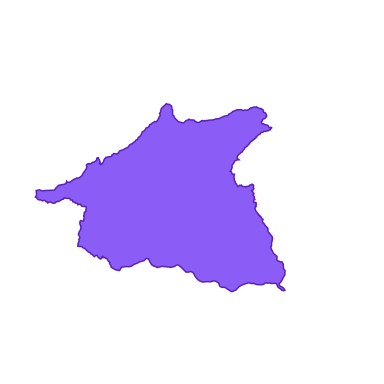 outline of Rovira, Tolima, Colombia, rotated 213°
{"feature_id": "7082276B59916866307322", "entity_name": "Rovira", "entity_type": "district", "adm_level": 2, "iso_a3": "COL", "parent_name": "Colombia", "parent_adm1": "Tolima", "projection": "robinson", "projection_center": [-75.359, 4.193], "detail": "fine", "context": "isolated", "style": "filled", "palette": "violet", "viewbox_px": 384, "rotation_deg": 213, "n_neighbors": 0, "source": "geoboundaries", "source_scale": "gbopen_adm2", "svg_char_len": 6066}
<svg xmlns="http://www.w3.org/2000/svg" viewBox="0 0 384 384"><g transform="rotate(213 192 192)"><path d="M172.0,243.1L170.2,244.6L172.2,244.8L173.5,246.5L173.1,249.4L172.6,250.4L172.8,251.5L172.1,252.1L171.8,252.9L171.8,255.6L171.5,256.4L171.8,258.0L170.7,260.4L170.9,261.0L170.6,261.3L170.6,262.0L170.2,262.9L170.4,264.4L170.1,264.9L170.2,265.8L169.4,267.4L169.6,267.9L169.0,268.9L169.0,269.5L168.4,270.4L168.4,271.3L168.0,271.9L168.3,272.8L167.7,273.3L167.9,274.1L167.5,275.8L166.4,277.9L166.4,279.7L165.1,280.8L164.7,282.0L163.6,282.7L161.2,285.2L160.8,286.6L160.2,286.9L160.4,288.4L160.1,289.2L160.8,289.4L161.9,288.3L162.4,288.1L164.8,289.2L167.9,288.1L169.1,288.2L170.2,287.4L171.4,287.8L172.1,289.1L171.7,290.0L172.2,291.0L172.0,291.9L170.9,293.3L170.6,296.3L172.2,297.7L174.1,298.4L174.8,297.9L175.5,297.9L176.7,299.4L178.1,299.7L178.7,299.2L179.6,299.5L179.8,299.1L180.6,299.2L181.4,298.6L184.5,298.5L184.9,297.7L186.4,297.0L188.0,294.7L188.6,294.5L189.0,292.7L190.4,290.5L192.2,289.6L193.8,288.0L195.7,287.9L197.9,286.1L198.9,285.8L200.1,283.7L201.7,281.8L201.9,280.1L203.5,277.5L203.4,276.1L203.7,275.6L206.3,273.1L209.2,268.4L211.7,266.4L213.0,264.6L214.5,263.2L217.1,261.4L217.6,260.5L219.0,259.9L219.5,258.7L220.7,258.5L221.3,257.6L222.5,257.5L223.8,254.4L225.0,253.5L226.2,253.0L227.5,253.2L228.3,252.7L228.7,253.2L229.6,253.4L232.5,251.6L234.1,251.5L234.6,250.1L235.0,249.9L236.1,247.9L236.5,245.7L237.2,244.9L241.9,243.6L246.5,244.6L248.1,245.4L248.9,246.1L249.9,245.9L250.9,247.0L252.8,250.1L254.0,250.6L255.9,252.9L258.8,253.2L260.1,252.3L261.6,252.1L263.2,245.1L261.7,241.2L262.1,240.3L260.8,239.4L260.2,238.5L260.4,237.3L259.9,233.9L260.2,231.3L261.6,230.8L263.1,227.6L263.3,226.3L264.2,225.4L263.7,223.8L264.2,222.1L265.3,220.8L265.2,217.5L266.4,215.6L265.7,211.3L266.7,208.4L266.4,206.3L267.4,204.5L267.2,203.4L268.2,201.3L268.3,200.1L269.2,199.1L270.1,197.2L269.9,196.3L270.2,194.2L271.4,192.6L272.9,189.6L274.9,187.5L275.1,184.5L275.8,182.9L278.7,181.6L278.8,180.1L279.4,179.3L278.8,178.6L279.4,177.3L280.8,176.5L282.5,174.5L283.2,174.1L283.0,172.9L283.5,172.2L282.6,168.3L283.0,167.0L282.8,165.8L283.9,165.3L284.9,165.6L285.2,166.0L284.7,166.6L286.3,167.6L286.8,168.3L288.9,169.2L289.2,169.8L290.2,168.8L289.8,167.4L289.4,167.1L289.4,166.2L290.6,163.6L291.5,162.7L292.4,160.3L292.9,159.9L293.9,159.8L295.2,158.2L295.2,157.0L293.8,155.5L293.3,154.4L293.5,147.8L293.2,145.6L294.6,142.0L296.5,140.8L296.7,139.7L297.6,138.9L298.8,136.4L299.8,133.4L300.5,133.3L301.9,132.3L303.0,132.7L302.3,130.9L303.1,129.2L307.4,125.1L308.4,121.0L308.3,118.7L316.3,113.0L317.6,111.7L318.6,111.2L320.9,110.8L322.2,109.8L322.7,108.8L323.5,108.4L320.6,104.7L320.7,102.5L319.0,102.5L317.5,101.9L316.2,102.0L314.2,103.1L312.8,103.0L311.1,104.8L310.0,104.8L309.2,104.3L308.2,104.9L307.0,104.2L306.3,105.7L305.4,106.6L303.0,106.8L301.7,107.2L300.6,108.7L300.6,109.9L298.5,111.6L297.1,114.8L295.9,116.0L296.1,117.2L292.1,119.3L291.6,120.0L290.8,120.0L289.6,119.1L287.8,120.1L286.5,118.8L284.8,119.7L283.9,119.1L282.2,119.9L281.4,119.8L280.9,119.1L278.8,121.2L277.7,120.3L276.3,120.1L272.9,122.1L271.7,120.5L271.5,119.4L270.8,118.7L270.4,117.7L271.2,116.6L270.9,115.5L270.2,114.8L270.1,113.4L269.5,113.0L269.3,112.4L268.7,112.1L267.2,108.9L267.5,108.2L269.7,107.5L269.9,106.2L268.8,104.4L267.4,103.2L266.7,103.2L266.5,102.3L265.5,101.4L265.3,100.1L264.8,99.3L265.0,97.7L264.3,94.8L264.0,94.3L262.7,93.8L261.2,92.7L261.1,90.5L260.1,89.8L259.4,86.4L258.1,84.3L254.7,86.2L253.2,85.9L250.9,86.2L246.7,85.3L245.8,85.3L244.8,85.7L243.1,85.0L241.1,85.2L238.7,84.5L238.2,86.1L237.2,87.2L235.0,86.0L232.6,85.9L231.9,86.3L232.1,88.9L231.8,89.5L230.8,88.5L230.1,89.4L229.8,89.3L229.2,89.6L228.7,89.3L228.1,89.7L226.7,89.7L224.1,88.2L223.3,88.4L222.4,88.0L222.2,87.1L219.6,85.9L218.8,84.9L213.9,85.1L210.2,86.5L210.0,87.3L210.1,90.5L206.7,93.6L204.0,95.1L202.5,96.7L201.2,99.7L198.8,103.1L198.0,104.9L196.7,106.1L194.8,108.5L194.2,111.4L193.9,111.6L193.0,111.7L192.0,112.4L189.9,110.8L186.1,109.0L183.3,109.0L182.7,109.5L180.0,109.7L176.4,113.5L168.6,117.4L166.1,120.1L165.1,122.3L164.1,123.2L162.9,123.3L158.8,122.8L153.4,121.5L151.0,123.1L150.3,124.3L148.0,125.0L146.3,124.7L143.5,123.0L141.6,122.3L138.9,121.6L137.1,121.6L134.6,122.1L133.0,123.1L130.4,125.2L127.5,126.8L125.4,129.3L123.6,130.1L120.2,130.2L118.1,128.6L117.0,128.1L115.3,128.2L112.5,129.9L105.4,129.9L104.2,130.2L101.8,133.7L101.0,138.2L99.5,141.2L95.6,146.2L94.9,146.8L91.5,147.9L90.9,148.9L87.6,149.5L86.0,150.4L83.6,151.8L81.7,153.5L81.0,155.5L80.4,156.0L76.8,158.2L74.9,158.9L73.7,160.0L71.6,161.1L70.2,160.6L68.7,159.2L67.2,158.9L65.1,158.9L63.1,158.5L61.4,159.1L60.5,160.1L61.5,160.8L63.6,161.4L67.3,161.1L69.0,162.3L68.4,165.1L68.7,166.5L68.4,167.7L68.9,168.7L68.8,170.2L69.1,171.1L68.9,172.8L70.9,176.4L71.7,177.0L73.4,177.5L76.2,181.2L78.6,182.4L79.6,181.6L81.2,181.5L81.9,180.9L83.7,181.1L84.2,181.4L84.3,182.1L85.7,184.4L86.5,184.1L87.1,184.6L89.3,184.7L91.1,185.3L92.3,186.3L94.2,187.1L95.6,188.5L96.1,189.5L96.1,190.4L97.6,192.6L97.9,194.1L98.7,195.5L98.9,196.7L100.6,198.3L106.6,200.2L107.9,201.7L108.0,202.2L109.1,203.1L112.8,203.8L113.6,204.5L116.3,205.1L117.1,206.0L117.6,207.8L118.8,207.7L120.9,208.8L121.7,208.5L122.2,209.2L122.7,209.3L123.4,208.9L124.9,209.9L125.6,209.9L126.0,210.2L128.0,210.8L130.0,212.2L130.7,213.7L130.3,214.6L131.2,215.1L131.0,216.1L132.5,217.9L132.9,218.0L133.8,217.0L134.4,217.0L134.6,217.4L135.5,217.8L135.8,218.6L135.2,219.9L136.2,220.5L137.1,222.0L139.0,222.5L139.1,224.1L139.5,224.7L140.3,224.6L141.1,225.3L142.1,225.2L142.6,225.5L142.8,226.1L142.0,226.6L141.8,228.4L143.0,229.2L143.9,231.1L145.1,231.5L145.9,231.3L145.8,230.4L147.2,229.5L147.5,228.9L147.3,228.2L147.5,227.6L149.0,226.6L149.5,225.6L150.0,225.7L152.0,224.4L153.6,224.2L154.5,224.6L155.0,223.7L155.6,223.7L156.2,221.9L156.8,221.6L159.2,222.9L160.6,223.3L161.3,224.2L163.1,225.0L163.9,226.4L165.0,227.3L166.1,230.0L167.8,228.9L170.3,230.5L171.1,230.2L171.0,231.0L171.6,233.7L171.5,234.1L173.1,236.4L172.7,238.3L173.0,241.3L172.0,243.1Z" fill="#8b5cf6" stroke="#5b21b6" stroke-width="1.5"/></g></svg>